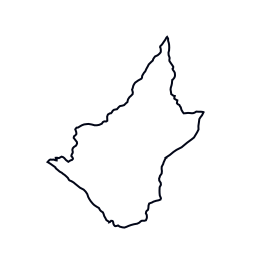 outline of Upper Jloh, Grand Kru, Liberia, rotated 15°
{"feature_id": "62588387B65725534392235", "entity_name": "Upper Jloh", "entity_type": "district", "adm_level": 2, "iso_a3": "LBR", "parent_name": "Liberia", "parent_adm1": "Grand Kru", "projection": "albers", "projection_center": [-8.476, 4.828], "detail": "fine", "context": "isolated", "style": "outline", "palette": "ink", "viewbox_px": 256, "rotation_deg": 15, "n_neighbors": 0, "source": "geoboundaries", "source_scale": "gbopen_adm2", "svg_char_len": 3515}
<svg xmlns="http://www.w3.org/2000/svg" viewBox="0 0 256 256"><g transform="rotate(15 128 128)"><path d="M142.2,29.9L141.7,30.8L141.2,33.0L140.2,35.7L139.5,37.8L138.9,39.2L138.1,40.4L138.0,41.5L138.7,42.3L139.4,43.8L139.9,45.7L139.9,46.5L139.1,48.2L137.8,50.1L135.6,51.9L134.9,53.7L134.5,55.1L134.5,56.4L133.4,58.1L131.6,61.2L131.2,63.1L130.4,66.3L130.0,68.9L129.2,70.4L128.5,72.7L128.2,74.1L128.5,75.7L128.2,76.9L125.6,79.4L123.2,82.3L122.7,83.6L122.2,85.6L122.2,88.7L122.0,89.9L123.4,92.2L123.7,94.1L122.7,95.9L121.4,97.9L120.6,100.4L120.7,103.2L119.9,104.2L118.3,106.9L116.7,107.9L114.6,108.9L113.8,110.0L113.2,111.2L112.5,112.7L110.8,113.5L109.7,114.1L108.8,115.3L108.3,117.1L107.7,118.2L106.6,118.6L105.1,120.2L104.9,122.4L105.5,124.3L106.0,125.9L106.1,126.4L105.3,127.3L103.3,127.8L102.2,128.8L101.6,130.6L99.4,132.4L97.5,133.3L95.2,134.0L92.1,134.0L88.8,134.3L86.9,135.0L84.7,135.9L83.0,137.1L81.8,138.2L79.6,140.5L78.2,141.0L77.4,142.9L78.1,143.9L79.1,145.4L79.7,147.1L79.1,148.6L78.0,150.0L78.1,151.6L80.6,153.5L82.3,154.8L82.8,156.2L82.4,158.4L80.7,160.3L79.9,161.9L79.9,163.5L80.8,165.3L81.0,166.3L80.5,168.2L80.5,169.7L82.1,170.9L82.8,172.0L82.2,173.3L80.8,174.2L79.1,176.1L76.4,175.0L74.2,173.5L72.6,172.9L71.2,172.9L70.1,174.0L69.0,175.0L67.1,175.1L65.9,175.5L66.2,176.3L67.3,176.8L67.5,177.8L66.8,177.9L65.9,177.9L64.2,177.8L62.8,178.3L61.1,178.6L60.3,179.4L59.8,180.3L59.1,181.7L59.5,181.8L62.5,182.7L66.8,184.3L68.2,184.9L68.6,185.6L71.4,186.9L73.3,187.8L75.7,188.4L77.1,189.1L78.9,189.7L81.1,190.8L82.7,191.7L83.1,192.0L83.7,192.7L84.7,193.6L85.4,193.8L86.9,194.0L87.2,194.0L87.5,194.2L87.9,194.2L89.8,194.8L90.8,195.3L97.1,198.1L101.1,199.0L103.5,200.4L105.7,202.3L107.5,205.0L109.1,206.7L111.0,208.4L113.7,210.3L115.4,211.2L118.0,212.1L120.6,212.8L122.1,214.4L123.5,215.3L125.6,216.0L126.7,217.4L127.9,219.3L129.6,221.0L130.9,222.5L132.5,223.1L134.3,223.5L134.3,223.9L134.8,223.6L135.7,222.0L137.1,221.8L138.0,222.7L138.6,224.1L139.3,225.1L140.5,226.0L141.1,226.1L142.7,225.4L143.6,224.7L145.5,225.4L148.2,225.4L150.3,225.1L152.2,223.8L153.8,222.5L156.1,220.9L158.7,219.4L161.7,218.0L163.4,216.5L164.4,214.9L165.4,214.0L167.9,213.3L169.2,212.5L169.5,209.9L169.0,208.1L168.4,206.8L167.4,206.0L167.2,204.4L167.5,203.2L168.5,201.8L168.4,200.0L167.9,197.6L168.0,195.5L169.2,194.6L170.4,193.8L171.6,192.6L173.9,191.1L176.3,189.9L177.9,188.7L178.0,187.3L176.2,185.0L175.3,182.6L174.6,180.2L173.9,177.0L174.5,174.4L173.8,172.5L171.8,170.7L171.1,168.6L171.3,167.7L171.3,166.0L172.3,163.3L171.9,160.8L171.1,158.9L170.6,156.7L171.3,153.6L171.3,152.1L172.1,147.5L172.5,147.1L172.1,146.9L175.4,143.2L178.1,139.4L180.5,136.6L184.8,132.7L188.9,126.9L191.7,123.4L192.2,122.8L194.2,120.1L195.9,114.2L196.5,111.2L195.5,107.9L195.0,103.9L194.6,100.9L195.2,98.9L196.2,96.6L196.9,93.2L196.5,93.1L194.9,93.3L193.8,93.5L193.4,93.6L192.0,94.0L189.7,94.5L188.3,96.0L186.9,96.9L185.5,97.3L184.1,97.5L182.0,97.9L179.5,98.9L178.0,99.4L176.8,98.5L174.9,96.6L173.6,94.3L172.8,93.8L171.7,92.5L169.8,92.1L168.8,91.3L168.6,89.6L168.5,88.5L166.8,88.2L165.1,87.6L164.9,86.7L164.9,85.0L163.6,85.1L162.4,84.6L161.0,84.1L160.0,81.7L159.2,80.0L158.9,78.1L159.0,75.5L158.9,73.6L158.6,72.0L158.3,70.1L158.8,69.6L159.8,67.3L159.9,65.5L159.4,63.8L158.8,62.4L157.8,61.4L156.2,60.1L155.7,59.3L156.1,58.5L155.9,57.2L154.9,56.2L153.1,54.7L150.7,52.6L150.3,51.5L150.1,49.6L149.2,48.2L148.4,47.1L147.6,44.7L147.6,42.5L147.0,39.6L146.2,37.1L145.5,35.5L144.2,33.4L143.6,31.3L142.2,29.9Z" fill="none" stroke="#020617" stroke-width="2"/></g></svg>